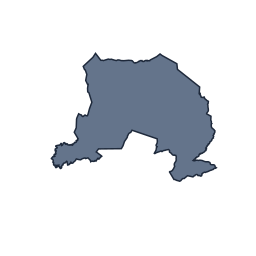 the district of San Mateo Río Hondo, Oaxaca, Mexico, rotated 58°
{"feature_id": "50627088B41033546830678", "entity_name": "San Mateo Río Hondo", "entity_type": "district", "adm_level": 2, "iso_a3": "MEX", "parent_name": "Mexico", "parent_adm1": "Oaxaca", "projection": "equal_earth", "projection_center": [-96.499, 16.1], "detail": "fine", "context": "isolated", "style": "filled", "palette": "slate", "viewbox_px": 256, "rotation_deg": 58, "n_neighbors": 0, "source": "geoboundaries", "source_scale": "gbopen_adm2", "svg_char_len": 5837}
<svg xmlns="http://www.w3.org/2000/svg" viewBox="0 0 256 256"><g transform="rotate(58 128 128)"><path d="M208.5,74.2L207.3,74.7L206.1,74.3L205.3,74.3L204.5,74.9L203.4,76.6L202.9,77.1L202.3,77.3L201.1,76.9L200.6,76.9L199.2,77.8L198.2,79.4L197.7,80.1L196.6,81.1L194.9,82.3L193.6,83.8L193.1,84.6L192.8,85.6L192.0,86.3L191.6,87.1L191.4,87.4L191.2,88.6L190.8,89.4L190.1,90.0L190.0,89.5L190.1,89.3L189.8,88.9L189.6,88.1L189.8,87.5L189.8,86.9L189.3,86.7L189.1,86.2L189.3,85.4L189.0,84.8L189.3,84.5L189.4,83.0L189.2,82.7L188.5,82.2L188.4,81.2L188.0,81.1L188.0,80.5L187.9,80.2L188.5,79.9L188.4,79.1L188.6,78.2L188.8,78.1L188.6,77.3L188.7,76.6L188.7,75.7L188.2,74.5L188.4,74.0L188.2,73.6L187.8,73.3L187.5,73.4L187.3,73.2L187.3,72.5L187.0,72.3L186.2,72.6L186.0,71.8L185.7,71.6L185.6,70.9L185.1,70.1L184.9,70.1L184.8,68.7L184.4,68.7L184.1,68.5L184.3,67.2L183.1,65.7L183.3,65.2L182.9,63.6L182.2,63.1L181.7,61.7L181.7,60.9L181.2,60.8L180.5,59.8L179.5,59.8L178.9,58.4L178.5,58.4L178.5,58.0L177.6,56.6L176.6,55.9L176.5,56.1L175.3,55.9L172.2,56.8L171.2,56.7L169.2,55.6L168.8,54.9L168.7,55.1L166.5,53.8L165.3,53.7L162.0,51.4L157.7,53.8L157.2,53.5L156.2,51.1L155.5,50.4L153.7,49.5L152.8,49.2L150.7,48.0L150.1,48.0L149.7,47.5L149.6,47.1L149.4,46.7L148.9,46.5L148.2,45.8L147.4,45.9L146.6,46.6L146.1,46.6L143.2,47.5L142.8,47.1L142.2,46.9L142.0,47.3L141.5,48.8L140.9,49.4L140.4,49.4L140.3,49.6L138.8,49.1L138.3,49.3L137.8,49.2L137.5,48.7L137.2,48.6L137.4,49.4L136.7,49.5L131.2,45.5L104.5,55.0L99.4,52.5L84.4,60.8L82.2,61.6L82.7,65.8L82.1,73.0L82.3,73.9L82.4,74.0L81.7,75.0L81.6,75.7L80.8,75.9L80.7,76.8L80.2,76.9L79.9,77.9L80.0,78.6L80.0,78.9L79.8,79.0L79.9,79.4L79.7,79.8L79.2,80.4L78.9,80.6L78.3,80.4L77.3,82.0L77.5,83.2L77.1,83.7L77.3,84.3L77.3,84.7L77.1,86.3L76.6,87.0L76.7,87.6L75.8,88.3L73.8,88.7L73.4,88.7L73.3,88.9L72.6,89.3L70.9,91.6L68.7,95.9L67.2,98.1L65.7,99.4L64.9,100.5L64.6,102.2L63.2,103.6L60.8,105.7L60.3,107.0L59.1,108.2L57.8,113.1L57.1,113.7L56.2,115.2L47.5,116.0L49.5,120.3L52.0,133.3L55.4,133.9L56.2,133.5L60.7,134.5L65.3,138.7L69.7,139.2L69.9,138.7L72.8,141.2L76.0,143.0L77.5,142.5L87.0,145.0L91.1,150.3L95.2,154.7L96.1,155.9L95.6,156.7L95.3,156.9L94.6,157.6L94.2,157.6L94.2,158.7L94.5,159.3L94.4,160.2L93.9,160.5L93.5,160.5L93.0,160.8L92.3,160.6L91.1,161.6L89.8,162.3L92.5,166.2L93.3,167.0L100.4,171.8L103.1,175.8L110.3,176.0L110.5,176.3L110.8,176.2L110.9,176.7L111.5,177.0L111.8,177.3L111.7,177.8L111.2,178.3L111.2,178.6L111.5,178.8L112.1,178.8L112.6,179.7L112.5,180.3L112.0,180.6L112.0,181.1L112.7,182.6L112.5,183.1L112.1,183.7L112.3,184.1L112.8,183.8L113.1,184.0L113.1,184.5L112.8,184.7L112.1,185.0L111.9,185.8L111.6,185.9L111.7,186.4L111.6,186.6L111.2,186.7L110.8,187.6L110.5,187.9L109.4,187.8L109.1,188.2L109.1,189.2L108.8,189.4L108.4,188.9L108.0,189.0L107.6,189.7L107.2,189.6L106.6,189.8L106.5,190.2L106.7,191.2L107.5,192.1L107.8,192.8L107.7,193.4L107.3,193.1L106.6,193.6L106.4,193.3L105.8,192.8L105.6,193.0L106.2,194.5L106.2,195.1L106.1,195.5L105.8,195.9L105.1,197.8L105.0,198.8L105.4,199.0L106.9,198.4L107.3,198.5L107.3,200.9L108.5,201.7L109.0,200.9L109.7,201.3L110.0,202.2L111.7,202.8L111.9,203.5L111.3,204.0L111.3,204.4L111.8,205.2L113.2,205.0L113.2,205.4L113.0,206.1L112.5,206.8L113.2,209.1L113.6,209.2L114.8,208.4L116.4,208.8L117.1,209.8L117.9,209.4L119.0,210.2L119.7,210.5L120.3,210.5L120.8,209.6L121.5,210.1L123.3,210.2L123.5,210.0L123.5,208.7L123.3,208.8L123.1,209.3L122.9,209.4L122.6,208.9L122.1,208.6L121.9,207.9L122.0,207.8L122.6,207.6L122.7,206.6L122.9,206.3L123.4,207.0L124.0,207.1L124.8,206.4L125.4,206.9L125.9,206.5L126.4,206.8L126.6,206.7L126.7,206.2L126.6,205.6L126.4,205.3L126.1,205.0L125.5,204.8L125.2,204.2L124.8,203.9L124.6,203.3L124.9,202.9L124.7,202.5L124.2,202.3L123.8,201.2L123.9,200.5L124.3,200.1L123.9,198.9L124.0,198.3L123.8,197.6L124.4,197.5L125.2,198.0L126.8,198.5L127.3,198.8L127.6,198.7L127.5,197.9L127.8,197.5L127.7,197.1L127.3,196.4L127.6,195.7L126.8,194.5L127.2,194.4L127.5,194.5L127.9,194.5L128.4,193.7L128.5,193.3L128.0,191.7L128.0,191.1L127.7,189.7L127.1,188.8L126.9,188.4L127.0,188.0L127.9,187.3L129.2,185.9L129.5,185.3L129.9,185.0L129.8,183.6L130.0,182.2L130.5,180.7L130.8,180.2L131.5,180.1L132.1,177.8L135.3,177.1L136.6,177.4L136.4,177.0L136.5,176.8L137.1,176.5L137.2,175.7L137.7,175.4L137.9,175.2L138.0,174.7L138.3,174.5L138.4,173.9L138.1,173.6L138.1,173.1L139.1,172.7L138.9,172.1L138.3,171.1L138.1,170.2L137.7,169.9L137.8,169.5L138.4,169.6L139.0,169.2L138.6,168.4L138.5,167.3L138.1,166.7L138.2,165.8L138.1,165.2L137.9,165.2L137.7,165.6L137.5,165.3L131.5,167.6L130.1,164.1L142.0,144.6L140.4,141.6L137.6,138.2L135.8,134.1L135.2,133.2L134.3,132.5L134.0,131.6L133.4,130.9L133.0,129.6L133.2,128.0L132.0,125.8L152.6,109.0L154.9,110.2L156.3,111.4L157.4,113.3L158.5,113.6L158.8,113.6L159.2,113.2L159.6,113.8L159.7,114.3L160.7,115.1L161.7,116.0L163.4,119.1L163.9,118.8L163.9,117.4L164.3,115.4L164.8,113.4L164.8,112.8L165.1,112.0L165.7,111.9L166.0,111.7L165.9,110.1L166.3,109.0L166.6,108.4L166.7,107.7L167.7,105.1L168.4,104.8L169.4,104.8L170.2,105.5L170.5,105.5L172.1,104.8L174.1,104.5L174.8,104.2L175.3,103.7L175.4,103.1L175.9,102.9L176.5,102.0L178.0,102.3L179.8,103.7L180.7,104.0L181.7,105.3L182.2,106.6L183.1,107.9L184.7,108.7L185.2,108.7L185.5,109.1L186.8,111.3L187.5,112.9L187.6,114.1L187.5,114.8L187.2,115.3L187.1,115.7L187.3,116.1L196.0,116.3L196.4,115.6L198.2,114.5L199.3,113.4L200.5,112.4L200.6,111.9L200.6,111.0L200.1,109.7L199.9,108.2L200.6,107.2L200.0,102.8L203.9,98.8L203.8,98.4L203.8,98.0L203.6,97.4L203.8,96.5L203.6,96.3L203.5,95.9L203.6,94.8L204.4,93.8L205.4,93.9L205.7,93.5L206.0,92.7L206.5,92.3L207.0,92.2L207.5,91.4L207.5,90.9L206.7,89.9L206.2,89.8L205.9,89.3L205.9,87.0L206.0,86.6L206.7,85.9L206.9,84.4L207.2,83.8L207.6,80.5L208.0,79.3L208.0,78.4L208.3,77.7L208.2,77.4L208.0,77.1L208.0,76.5L208.5,75.2L208.5,74.2Z" fill="#64748b" stroke="#1e293b" stroke-width="1.5"/></g></svg>